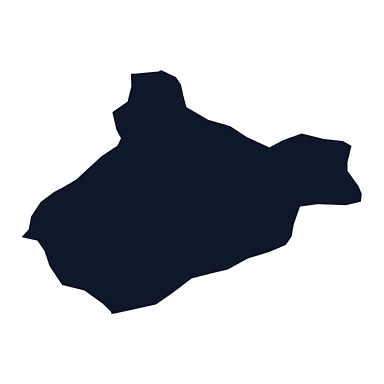 outline of Borlänge, Dalarna, Sweden
{"feature_id": "70781695B12440080986596", "entity_name": "Borlänge", "entity_type": "district", "adm_level": 2, "iso_a3": "SWE", "parent_name": "Sweden", "parent_adm1": "Dalarna", "projection": "robinson", "projection_center": [15.395, 60.481], "detail": "fine", "context": "isolated", "style": "filled", "palette": "ink", "viewbox_px": 384, "rotation_deg": 0, "n_neighbors": 0, "source": "geoboundaries", "source_scale": "gbopen_adm2", "svg_char_len": 831}
<svg xmlns="http://www.w3.org/2000/svg" viewBox="0 0 384 384"><path d="M131.7,74.5L132.1,86.7L128.2,102.1L113.2,112.5L117.1,129.4L121.9,138.3L117.9,146.3L102.1,156.7L76.8,180.1L64.2,187.5L54.7,192.5L41.3,202.4L31.8,216.9L29.4,229.8L23.0,236.7L37.9,239.9L45.3,250.8L50.2,265.6L62.6,284.3L84.8,289.8L103.3,303.1L111.9,311.7L112.0,313.0L113.5,313.0L155.7,303.7L172.3,292.2L191.3,277.7L211.0,272.7L227.6,268.7L247.4,257.8L268.7,251.3L285.3,244.3L290.8,236.3L293.1,223.9L299.4,205.9L317.6,203.4L346.0,204.4L360.2,201.0L361.0,194.0L360.9,193.8L357.8,186.5L346.7,171.1L346.7,162.2L350.6,146.3L342.7,141.8L323.8,139.8L301.7,134.3L283.5,140.8L269.4,148.3L246.5,137.8L229.9,126.9L207.8,120.5L185.7,107.6L182.6,95.7L180.2,84.8L175.5,77.8L161.2,71.0L158.9,72.2L134.3,74.5L131.7,74.5Z" fill="#0f172a" stroke="#020617" stroke-width="1.5"/></svg>